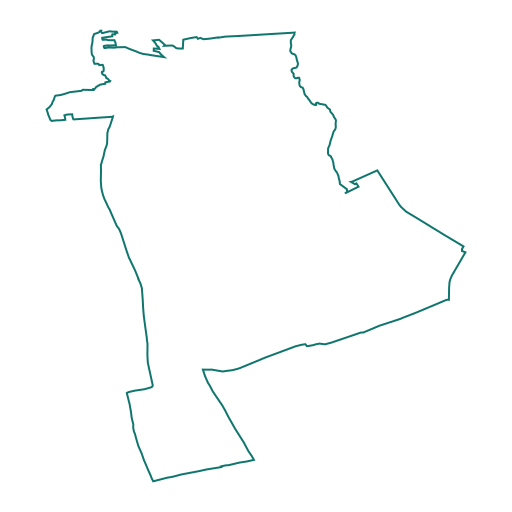 Tepu, Galati, Romania (Albers equal-area conic projection)
{"feature_id": "2599482B67862311598500", "entity_name": "Tepu", "entity_type": "district", "adm_level": 2, "iso_a3": "ROU", "parent_name": "Romania", "parent_adm1": "Galati", "projection": "albers", "projection_center": [27.372, 45.972], "detail": "fine", "context": "isolated", "style": "outline", "palette": "teal", "viewbox_px": 512, "rotation_deg": 0, "n_neighbors": 0, "source": "geoboundaries", "source_scale": "gbopen_adm2", "svg_char_len": 5788}
<svg xmlns="http://www.w3.org/2000/svg" viewBox="0 0 512 512"><path d="M459.5,262.5L465.4,252.3L462.0,251.0L462.0,249.0L463.5,246.4L444.4,235.0L414.4,216.6L406.2,211.7L400.9,206.8L399.0,204.3L377.3,170.4L352.3,181.6L351.0,181.9L355.0,184.2L356.4,183.4L358.5,186.7L344.9,193.4L347.4,191.8L347.1,190.9L346.9,189.2L340.0,184.1L339.7,182.6L339.8,182.2L339.7,181.2L339.0,179.0L338.6,177.1L338.4,175.7L337.8,174.6L337.1,172.7L335.9,171.2L335.1,170.0L334.4,168.8L334.1,167.8L334.0,166.8L333.6,165.4L333.5,163.7L333.1,161.8L332.8,160.9L332.5,159.6L331.1,157.1L331.0,156.6L330.7,156.2L329.8,155.6L329.0,155.3L328.3,154.4L328.0,153.2L328.1,148.3L329.5,145.3L330.5,141.2L331.1,139.3L332.4,135.7L332.8,134.0L333.8,131.2L334.9,129.9L335.4,129.0L335.8,127.1L335.6,123.3L335.9,121.4L335.9,120.3L335.7,119.6L334.7,118.1L334.1,117.3L333.6,116.0L333.1,114.9L332.7,114.3L330.6,112.0L330.2,111.1L330.1,110.8L330.1,109.9L329.9,109.6L329.5,109.2L327.9,108.1L327.6,107.8L326.9,107.1L326.6,106.4L325.9,105.4L325.5,105.0L324.5,104.6L323.5,104.6L322.0,104.2L319.9,103.9L319.3,103.8L319.0,103.6L318.3,102.9L317.6,102.7L316.6,102.8L316.2,103.0L315.9,103.8L316.3,104.6L316.3,104.8L315.6,105.1L315.3,105.1L313.1,104.3L311.9,103.5L311.3,103.0L310.9,102.4L309.1,99.8L308.1,98.6L307.1,96.9L305.9,96.0L304.6,94.1L303.8,90.8L303.5,89.4L303.3,88.9L303.1,88.7L302.7,87.8L302.6,87.6L301.0,87.1L300.7,86.9L300.2,86.4L299.7,85.7L299.5,84.9L299.3,83.6L299.2,81.9L299.8,80.0L299.4,79.0L299.2,78.4L299.2,77.9L298.9,77.8L298.1,77.7L296.1,78.3L295.7,78.3L295.1,78.1L294.6,77.7L294.1,77.0L293.8,76.5L293.6,75.8L293.6,75.1L293.7,73.8L292.1,72.1L291.8,71.4L291.5,70.6L291.6,69.8L291.7,69.4L293.2,68.3L295.3,67.9L296.5,67.5L296.7,67.2L297.3,66.3L297.7,65.1L297.9,64.2L297.9,63.4L297.7,62.4L296.9,60.2L296.3,57.1L295.8,55.9L295.5,55.3L294.3,54.2L292.9,53.9L292.2,53.6L291.6,53.2L291.0,52.1L290.6,51.8L290.4,51.3L290.3,50.5L290.4,49.6L290.7,48.1L291.1,46.9L291.2,46.1L291.2,44.8L290.9,43.3L290.8,42.1L290.8,41.1L290.9,40.2L291.2,39.5L291.9,38.7L292.2,38.1L292.5,37.7L292.9,37.1L293.6,35.7L294.4,34.7L294.5,34.3L294.3,33.0L294.5,32.6L238.5,36.0L229.6,36.4L225.4,36.6L218.2,37.7L218.1,37.4L208.5,38.8L203.4,39.2L200.3,37.9L197.9,38.8L196.6,37.1L190.8,38.0L183.3,39.7L182.8,48.5L178.6,48.5L176.3,48.2L174.7,46.9L173.0,45.7L171.5,45.5L164.1,45.8L164.9,44.9L159.1,39.8L153.0,40.4L155.3,43.0L156.5,45.0L157.4,46.5L158.3,46.6L159.4,48.9L153.8,48.5L153.7,50.8L159.1,52.1L160.3,53.6L161.9,55.3L164.0,57.1L153.4,55.5L149.4,54.9L148.6,54.6L147.1,54.5L143.0,53.9L139.3,52.8L136.6,51.6L128.9,48.7L125.3,47.1L117.0,47.3L113.9,47.7L108.2,47.5L104.8,48.1L104.4,48.0L104.3,47.9L104.0,47.3L103.7,46.2L104.0,45.9L107.4,45.4L109.0,45.5L115.9,45.3L115.4,42.3L114.8,41.4L114.4,40.2L108.3,40.2L106.3,39.6L102.7,39.8L102.4,39.3L102.2,37.8L112.3,36.3L112.2,34.7L112.4,34.3L115.2,34.4L115.2,33.1L117.3,32.8L117.1,32.2L116.6,31.7L116.0,31.6L114.9,31.7L113.5,31.7L109.4,31.3L102.5,33.1L101.8,32.9L101.4,32.4L101.2,31.8L101.3,30.7L100.3,30.7L99.0,32.2L98.4,32.6L95.9,33.5L94.7,33.8L93.9,34.3L93.7,35.2L93.6,35.8L92.8,37.2L92.8,37.9L92.6,38.2L92.6,40.2L92.3,43.0L91.5,46.7L91.5,49.4L91.7,53.2L91.9,54.4L92.3,55.1L93.7,57.0L93.8,57.6L93.9,58.6L93.9,59.0L93.7,59.4L93.5,60.4L93.6,61.5L94.5,63.8L96.8,63.7L98.1,63.8L98.8,64.2L99.2,65.1L100.3,65.1L102.4,64.8L102.8,65.0L103.5,67.1L103.7,68.2L103.7,70.3L103.7,70.7L103.5,71.1L103.3,71.3L102.8,71.6L102.1,71.7L101.9,71.9L101.8,72.3L102.1,72.9L102.2,73.8L102.7,74.3L103.8,75.1L105.0,75.3L105.7,76.5L106.3,78.0L106.6,78.3L107.2,78.4L107.9,78.8L108.2,79.2L109.0,80.3L110.2,81.0L109.7,81.6L105.4,82.3L105.2,83.8L102.8,84.1L99.7,84.8L99.1,85.4L98.6,85.6L98.1,85.6L97.6,86.2L97.4,86.4L96.9,86.5L96.2,86.9L95.2,88.4L94.6,88.9L93.3,89.0L93.5,90.0L82.7,89.8L81.5,90.8L69.8,92.2L66.3,93.4L61.1,94.9L57.7,95.4L55.8,95.6L55.1,96.0L54.6,97.2L53.7,100.1L52.9,101.3L52.3,102.7L51.7,104.4L49.3,107.3L46.6,109.4L47.8,113.1L48.3,114.9L49.1,116.7L49.7,118.3L50.5,120.0L51.6,120.9L57.1,120.3L60.4,120.3L65.3,119.8L65.0,117.4L64.4,115.3L66.8,114.6L69.3,114.4L72.2,114.3L72.3,115.6L72.6,117.1L73.0,118.3L73.3,119.2L73.6,119.4L90.0,118.3L96.8,117.8L112.3,116.8L112.9,116.5L112.6,117.8L110.1,125.5L109.4,127.4L108.4,129.0L107.4,132.9L107.3,135.0L107.3,137.5L107.1,143.3L106.7,145.2L106.1,146.8L104.8,150.2L103.5,156.4L101.8,161.8L101.6,163.0L100.9,164.6L101.0,171.5L100.9,175.4L100.8,180.9L101.3,187.9L101.9,190.9L103.0,195.1L104.5,199.2L106.3,202.9L108.1,206.9L109.8,209.8L111.1,213.0L116.8,226.0L118.3,227.9L119.2,229.2L119.5,229.9L121.1,233.7L126.5,250.6L129.1,258.1L129.5,258.7L135.2,270.7L138.5,278.9L138.3,279.0L140.5,283.6L141.9,288.4L142.7,299.6L143.2,308.9L143.8,315.9L144.8,323.6L146.8,337.9L146.9,339.7L147.5,343.8L147.4,355.1L147.8,362.7L152.7,385.1L152.5,386.3L151.5,387.2L144.6,389.2L134.5,390.7L129.0,392.0L127.4,392.6L126.8,393.0L129.8,405.0L130.0,406.7L130.9,411.4L131.6,417.2L132.3,420.5L133.3,424.2L133.2,427.7L133.9,431.5L135.0,434.0L135.7,436.8L138.3,445.9L141.7,453.6L144.0,460.3L145.2,463.0L148.7,471.3L149.8,473.6L151.3,477.2L151.6,478.1L152.2,479.3L153.2,481.3L167.6,477.6L172.1,476.9L181.7,474.4L199.2,471.1L206.3,469.5L221.3,467.1L221.0,466.4L225.4,465.4L228.5,465.2L239.4,462.6L246.6,461.5L253.9,459.9L251.8,456.1L248.5,451.3L243.8,442.5L235.2,428.9L228.2,416.5L225.0,410.2L221.9,404.8L220.2,402.4L212.9,391.6L209.3,384.8L208.1,383.1L205.0,376.1L202.9,369.6L209.2,369.7L211.7,369.6L222.7,371.5L227.3,370.8L232.3,370.2L237.4,368.9L239.6,368.2L265.7,357.4L295.8,346.2L302.0,344.7L305.3,344.2L306.9,346.1L308.4,346.0L313.9,345.0L315.0,344.5L319.4,343.6L325.0,344.3L331.1,342.7L360.7,332.6L363.3,332.5L379.2,325.8L401.1,318.6L401.7,318.2L415.2,313.0L445.9,300.1L447.5,299.7L448.9,299.8L449.1,287.9L449.5,282.3L449.8,281.1L450.1,279.8L450.8,278.1L451.8,275.7L459.5,262.5Z" fill="none" stroke="#0f766e" stroke-width="2"/></svg>